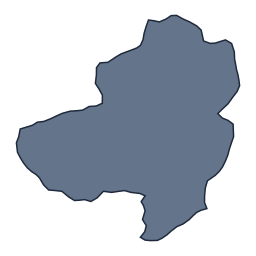 Vargem Alegre, Minas Gerais, Brazil
{"feature_id": "56859067B29646680816538", "entity_name": "Vargem Alegre", "entity_type": "district", "adm_level": 2, "iso_a3": "BRA", "parent_name": "Brazil", "parent_adm1": "Minas Gerais", "projection": "albers", "projection_center": [-42.322, -19.604], "detail": "fine", "context": "isolated", "style": "filled", "palette": "slate", "viewbox_px": 256, "rotation_deg": 0, "n_neighbors": 0, "source": "geoboundaries", "source_scale": "gbopen_adm2", "svg_char_len": 1495}
<svg xmlns="http://www.w3.org/2000/svg" viewBox="0 0 256 256"><path d="M206.9,208.6L204.5,202.4L204.6,195.6L205.3,188.1L207.4,180.8L215.2,175.4L219.6,171.0L222.6,166.8L225.6,160.6L227.7,155.4L229.5,148.7L231.5,142.7L233.6,136.5L233.1,124.1L227.9,120.3L222.4,118.1L217.8,113.6L221.9,109.5L228.0,103.8L232.8,97.1L237.1,91.5L239.6,85.7L238.9,80.1L237.9,74.5L236.5,69.5L235.6,64.2L234.6,59.1L234.3,51.8L231.6,43.5L225.5,39.9L219.9,41.6L215.2,43.1L210.2,43.4L203.6,41.0L201.1,30.0L196.7,25.9L189.4,21.8L182.7,18.8L176.6,15.4L171.2,15.6L165.9,19.1L159.4,21.9L153.7,20.7L148.5,20.0L146.1,26.6L144.1,33.4L143.0,39.7L140.5,45.3L136.7,48.0L131.1,50.2L125.8,52.1L121.1,53.9L116.0,56.9L107.9,62.3L100.0,62.9L96.5,67.6L96.4,74.8L95.4,83.4L99.0,89.0L102.4,95.2L102.3,103.3L96.2,106.0L89.1,106.5L82.8,110.1L77.2,110.7L70.0,111.2L62.4,113.3L56.3,116.0L50.7,118.7L43.9,121.4L37.3,122.2L32.6,125.2L27.1,126.9L20.2,129.0L18.7,136.8L16.4,142.8L17.5,152.4L20.8,158.6L23.5,162.9L27.4,167.9L32.0,171.9L36.0,174.4L39.5,177.9L43.6,184.9L48.7,190.0L54.8,190.5L61.9,191.3L68.8,197.0L74.5,200.5L79.7,200.2L84.6,199.6L90.9,201.5L97.2,197.8L103.4,191.3L111.7,192.4L118.9,191.3L124.5,190.6L131.0,192.4L140.0,193.5L145.1,195.8L141.2,201.6L143.6,205.9L145.1,210.8L142.5,219.6L146.3,225.6L144.8,231.6L140.4,237.3L145.1,240.1L150.6,240.6L157.5,240.4L161.8,238.3L167.0,234.8L171.2,231.0L176.8,226.7L183.2,223.9L189.4,219.4L192.8,215.9L196.7,212.4L200.9,210.3L206.9,208.6Z" fill="#64748b" stroke="#1e293b" stroke-width="1.5"/></svg>